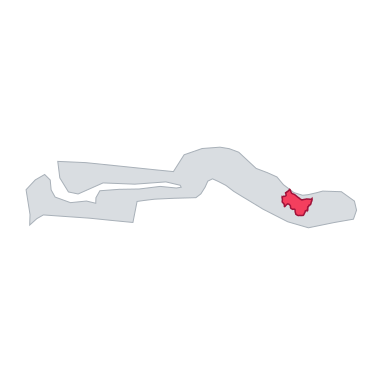 Sandu, Upper River, Gambia shown in context, rotated 5°
{"feature_id": "56634734B93657392024497", "entity_name": "Sandu", "entity_type": "district", "adm_level": 2, "iso_a3": "GMB", "parent_name": "Gambia", "parent_adm1": "Upper River", "projection": "robinson", "projection_center": [-14.362, 13.426], "detail": "fine", "context": "in_parent", "style": "filled", "palette": "rose", "viewbox_px": 384, "rotation_deg": 5, "n_neighbors": 0, "source": "geoboundaries", "source_scale": "gbopen_adm2", "svg_char_len": 4289}
<svg xmlns="http://www.w3.org/2000/svg" viewBox="0 0 384 384"><g transform="rotate(5 192 192)"><path d="M55.6,173.2L83.5,172.0L117.4,172.5L154.3,173.1L171.7,173.3L180.9,155.6L198.3,147.8L216.0,144.9L225.3,145.6L235.1,148.3L253.8,162.9L265.5,166.2L275.3,169.6L282.4,176.7L293.6,183.7L302.4,185.6L307.7,184.6L316.4,181.8L322.1,179.7L340.8,178.7L354.6,186.9L357.5,195.8L355.2,205.0L336.7,209.9L311.1,217.5L289.9,213.3L264.2,202.9L249.1,195.4L242.9,192.4L233.5,187.7L225.3,182.5L217.3,179.2L211.3,177.1L206.8,179.8L204.6,186.1L201.0,193.1L196.4,197.3L174.8,199.8L155.4,202.4L145.0,204.6L138.1,206.2L135.8,227.5L113.9,227.3L92.3,227.0L70.0,227.4L45.9,227.8L39.7,232.1L33.2,239.1L32.6,228.5L26.5,204.2L34.8,193.6L43.7,187.4L49.7,192.4L51.5,202.2L56.1,209.0L71.9,213.2L87.6,210.2L97.1,211.6L96.8,206.1L100.1,198.8L119.1,195.7L139.2,193.6L159.8,189.2L176.0,189.4L180.8,188.2L179.6,186.3L165.1,184.2L134.2,189.2L102.6,190.7L78.7,203.9L68.9,202.7L59.1,189.5L55.6,173.2Z" fill="#d9dde1" stroke="#a8b0b8" stroke-width="1"/><path d="M312.1,188.0L311.9,188.3L311.8,188.6L311.5,188.9L311.2,188.9L310.9,188.9L310.7,188.9L310.2,188.8L310.0,189.0L309.8,189.0L309.0,188.9L308.3,188.9L308.0,189.0L307.6,189.0L307.3,188.9L306.5,189.0L306.2,189.1L305.9,189.3L305.0,189.5L304.4,189.6L303.8,189.8L303.3,190.0L303.0,190.1L302.4,190.1L302.3,190.3L301.9,190.3L301.5,190.1L300.9,189.8L300.5,189.6L300.1,189.4L299.8,189.1L299.5,188.8L299.2,188.7L298.7,188.5L298.4,188.2L297.9,188.0L297.2,187.5L296.9,187.3L296.2,186.8L296.0,186.7L295.7,186.4L294.7,185.8L294.3,185.6L294.1,185.5L293.8,185.4L293.4,185.3L292.4,185.0L291.5,184.6L291.2,184.3L291.1,184.2L290.9,183.8L290.1,182.4L289.7,181.5L289.2,180.9L288.9,180.8L288.7,181.1L288.7,181.3L288.6,181.6L288.5,181.8L288.4,182.0L288.2,182.1L287.9,182.3L287.7,182.6L287.5,183.0L287.3,183.2L287.1,183.2L286.9,183.2L286.8,183.3L286.6,183.4L286.5,183.5L286.5,183.8L286.4,184.0L286.2,184.2L286.1,184.3L285.6,184.4L285.3,184.5L285.2,184.7L285.2,184.8L285.3,185.0L285.5,185.3L285.6,185.5L285.7,185.9L285.8,186.0L285.9,186.3L286.0,186.6L286.1,186.9L286.1,187.0L286.0,187.3L285.9,187.4L285.8,187.6L285.7,187.7L285.5,187.8L285.4,187.9L285.2,188.0L284.9,188.1L284.5,188.2L284.4,188.3L284.1,188.3L283.6,188.3L283.4,188.3L283.2,188.3L282.9,188.6L282.6,189.4L282.4,189.5L282.3,189.4L282.2,189.3L282.2,189.9L282.3,190.1L282.5,190.6L282.5,190.8L282.7,191.3L282.7,192.2L282.7,192.3L282.7,192.7L282.7,193.1L282.7,193.7L282.7,193.8L282.8,194.1L283.1,194.5L283.9,195.1L284.0,195.2L284.1,195.3L284.4,195.6L284.7,195.9L284.7,196.1L284.9,196.4L285.1,196.8L285.1,197.1L285.3,197.8L285.3,198.0L285.3,198.4L285.6,198.5L285.7,198.4L286.0,198.1L286.7,197.1L286.8,196.9L287.9,195.8L288.2,195.7L288.3,195.5L288.5,195.5L288.8,195.5L289.1,195.6L289.5,195.7L289.8,195.8L290.0,196.0L290.5,196.4L290.8,196.7L290.9,196.8L291.2,197.1L291.3,197.4L291.3,197.5L291.4,198.0L291.4,198.4L291.4,198.6L291.5,198.9L291.6,199.1L291.8,199.4L291.8,199.5L292.1,199.8L292.4,199.9L292.8,200.1L293.3,200.3L293.7,200.4L293.8,200.5L294.2,200.4L294.5,200.3L295.2,200.2L295.3,200.2L295.5,200.2L295.9,200.3L296.1,200.5L296.2,200.9L296.3,201.3L296.4,201.7L296.4,202.2L296.5,202.5L296.6,203.1L296.8,203.5L297.0,204.0L297.2,204.5L297.3,205.0L297.6,205.2L298.1,205.5L298.6,205.8L299.1,206.0L299.8,206.2L300.1,206.2L301.1,206.0L303.3,205.9L304.6,205.6L304.8,205.6L305.1,205.3L305.4,204.7L305.8,203.7L305.9,203.2L306.1,202.9L306.4,202.2L306.5,201.5L306.5,201.1L306.6,200.9L307.0,200.7L307.5,200.6L307.7,200.4L307.9,200.4L308.0,200.5L308.0,200.4L308.2,200.5L308.3,200.5L308.4,200.4L308.4,200.1L308.6,200.1L308.8,200.2L308.9,199.9L308.9,199.7L308.8,199.2L308.8,198.9L308.7,198.7L308.8,198.6L308.8,198.4L308.7,198.2L308.8,198.0L308.8,197.9L308.7,197.8L308.8,197.7L308.8,197.4L308.7,197.3L308.7,197.2L308.6,196.9L308.6,196.7L308.8,196.6L309.0,196.4L309.3,196.3L309.4,196.2L309.4,195.8L309.5,195.7L309.6,195.4L309.7,195.5L309.8,195.4L309.9,195.2L310.0,195.0L310.0,194.9L310.2,194.7L310.4,194.7L310.5,194.7L310.8,194.5L310.9,194.4L311.0,194.4L311.2,194.2L311.3,194.0L311.3,193.4L311.4,193.1L311.6,192.8L311.6,192.7L311.6,192.4L311.6,192.0L311.7,191.7L311.7,191.4L312.0,190.9L312.0,190.6L312.2,190.2L312.2,189.7L312.2,189.4L312.2,189.1L312.3,188.9L312.3,188.7L312.1,188.0L312.1,188.0Z" fill="#f43f5e" stroke="#9f1239" stroke-width="1.5"/></g></svg>